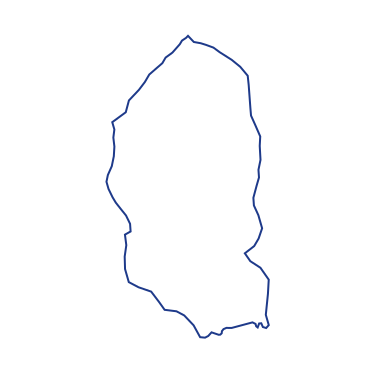 the district of Myonggan, Hamgyŏng-bukto, North Korea, rotated 74°
{"feature_id": "82179303B68633969029735", "entity_name": "Myonggan", "entity_type": "district", "adm_level": 2, "iso_a3": "PRK", "parent_name": "North Korea", "parent_adm1": "Hamgyŏng-bukto", "projection": "natural_earth1", "projection_center": [129.442, 41.157], "detail": "fine", "context": "isolated", "style": "outline", "palette": "blue", "viewbox_px": 384, "rotation_deg": 74, "n_neighbors": 0, "source": "geoboundaries", "source_scale": "gbopen_adm2", "svg_char_len": 1260}
<svg xmlns="http://www.w3.org/2000/svg" viewBox="0 0 384 384"><g transform="rotate(74 192 192)"><path d="M102.9,249.4L106.0,249.4L110.5,249.4L118.0,252.6L127.0,254.1L136.1,257.3L145.1,262.0L152.5,268.2L158.6,271.4L166.1,271.4L175.2,269.8L181.2,268.2L188.8,265.1L196.4,261.9L205.5,260.3L213.0,261.9L214.5,268.2L225.0,269.8L235.5,274.5L247.6,277.6L261.2,277.6L268.8,269.7L276.5,258.7L288.6,254.0L297.7,250.8L302.4,239.8L308.5,233.5L320.6,227.2L333.8,224.2L335.6,219.6L334.9,216.1L332.3,211.9L336.6,205.7L336.9,204.1L336.0,202.4L334.0,201.6L332.5,199.5L332.1,196.4L333.2,192.7L333.6,191.4L334.0,169.8L336.3,167.3L338.8,167.3L340.3,166.2L336.9,163.7L337.3,161.6L341.3,161.1L343.2,158.2L341.1,154.9L330.4,154.9L310.9,147.1L297.4,142.4L283.7,147.1L274.6,155.0L265.5,158.1L261.1,147.1L255.1,140.8L246.2,134.6L232.6,134.6L222.0,136.2L214.5,134.6L204.0,128.3L196.5,123.6L189.0,122.0L180.0,117.3L166.4,114.2L157.4,111.1L145.3,112.7L134.8,114.2L127.2,112.7L104.7,108.0L95.6,106.4L85.0,111.1L75.9,117.4L65.2,126.9L59.1,131.6L54.5,137.9L51.4,142.6L48.3,148.9L40.8,152.8L42.2,155.2L43.7,159.9L46.6,163.0L52.6,172.4L55.5,180.3L60.0,185.0L62.9,191.3L67.3,200.7L73.3,207.0L79.2,214.9L86.6,227.4L97.1,233.7L102.9,249.4Z" fill="none" stroke="#1e3a8a" stroke-width="2"/></g></svg>